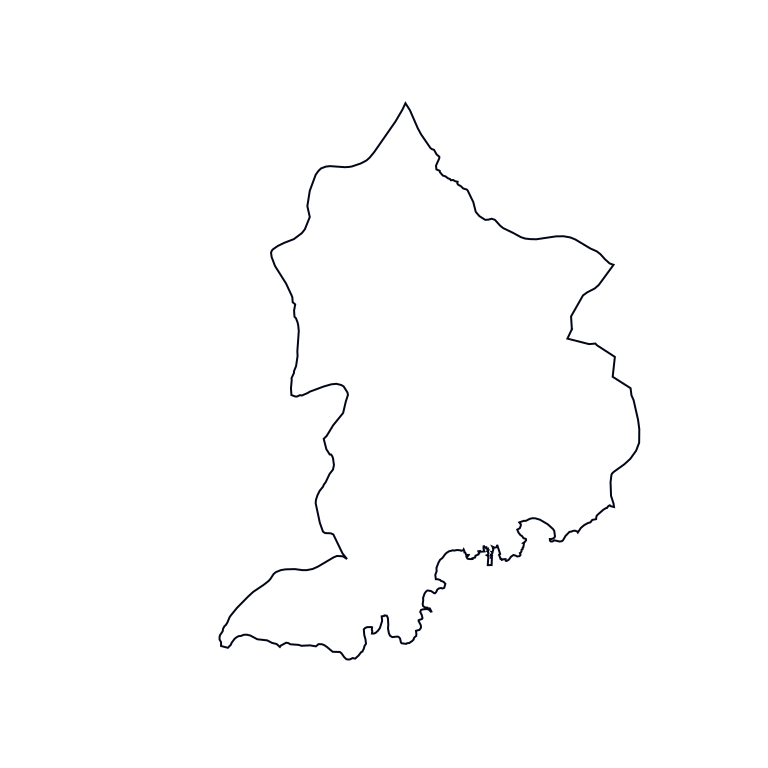 Kota Bima, Nusa Tenggara Barat, Indonesia, rotated 245°
{"feature_id": "22746128B33789977192923", "entity_name": "Kota Bima", "entity_type": "district", "adm_level": 2, "iso_a3": "IDN", "parent_name": "Indonesia", "parent_adm1": "Nusa Tenggara Barat", "projection": "robinson", "projection_center": [118.763, -8.441], "detail": "fine", "context": "isolated", "style": "outline", "palette": "ink", "viewbox_px": 768, "rotation_deg": 245, "n_neighbors": 0, "source": "geoboundaries", "source_scale": "gbopen_adm2", "svg_char_len": 6166}
<svg xmlns="http://www.w3.org/2000/svg" viewBox="0 0 768 768"><g transform="rotate(245 384 384)"><path d="M215.4,125.6L210.9,131.0L212.4,135.0L213.9,136.6L216.2,140.9L216.8,143.4L216.9,145.8L216.1,147.9L216.0,150.8L214.9,153.5L212.6,156.5L206.2,161.3L201.0,169.8L196.7,173.1L193.7,176.8L189.7,178.5L190.5,179.8L190.9,186.0L189.5,187.9L187.7,189.1L183.7,196.3L181.6,198.6L178.4,206.5L175.0,211.4L175.9,214.7L174.5,217.6L172.7,219.4L169.9,221.1L163.0,224.3L159.8,230.7L157.8,231.7L153.3,232.5L150.5,233.6L149.4,235.1L148.8,236.8L148.9,239.7L147.3,241.8L148.7,246.3L150.6,249.9L150.6,251.3L152.7,253.9L154.7,255.5L156.2,257.9L160.4,259.3L164.7,260.0L170.2,262.0L170.8,263.7L170.8,265.9L169.1,269.7L168.5,270.4L166.5,269.1L165.1,269.0L163.0,267.6L162.1,269.3L162.0,271.3L163.1,274.6L164.5,277.1L170.1,282.2L174.4,283.7L173.7,286.1L174.1,286.6L172.8,288.6L170.2,288.6L164.1,286.2L160.7,284.3L156.1,283.1L153.3,283.1L151.1,284.5L149.4,289.5L148.3,290.5L146.6,291.0L142.5,290.1L141.5,290.5L139.1,294.3L139.3,295.4L138.6,297.4L139.2,301.1L140.0,303.0L140.9,303.6L141.6,304.8L142.0,306.6L143.3,307.5L146.8,308.7L146.2,312.3L147.5,314.5L149.7,315.4L154.5,315.2L155.3,315.6L155.0,319.2L155.5,319.9L158.5,320.6L162.1,320.5L163.5,321.9L163.4,323.8L161.9,327.9L160.5,329.4L157.9,330.2L157.8,330.8L161.2,330.7L161.8,329.8L161.8,329.0L162.6,328.4L163.1,328.6L164.2,326.6L166.3,325.6L168.1,326.0L171.5,328.2L173.6,329.0L177.0,332.3L178.2,334.5L178.5,335.8L178.2,336.7L176.3,339.3L173.3,341.0L172.8,341.7L173.3,343.2L175.2,345.6L175.5,347.4L175.1,349.3L173.9,350.7L173.8,352.4L177.0,355.2L179.5,354.4L181.7,352.3L182.6,352.1L184.2,350.4L185.2,348.5L189.3,349.8L192.1,352.6L195.1,353.8L199.0,357.8L200.9,360.4L201.7,363.6L203.7,367.1L204.5,369.2L204.9,372.3L204.1,376.3L203.4,377.1L202.6,380.2L201.0,382.9L200.2,383.5L199.9,385.7L200.4,386.3L199.3,386.3L197.4,385.7L196.9,386.4L193.8,386.2L193.9,387.3L193.3,388.5L192.8,387.9L192.5,385.7L190.4,385.9L189.2,387.5L188.0,390.2L188.7,390.4L188.3,393.3L189.7,394.3L189.6,397.6L190.1,397.8L190.4,398.8L192.5,398.8L192.1,400.4L191.3,400.3L189.8,404.2L192.6,404.6L193.6,405.0L194.0,405.2L195.5,406.0L194.9,405.7L194.8,406.1L193.5,405.9L193.1,407.2L192.8,407.1L192.6,407.7L191.7,407.2L191.2,407.6L190.9,408.6L189.5,407.6L189.3,408.0L189.0,407.3L188.8,407.7L187.9,407.6L187.7,408.0L187.8,407.6L187.4,407.3L187.0,407.7L187.2,407.2L186.5,407.2L185.5,406.1L185.4,404.9L184.4,405.7L184.0,405.3L183.1,405.4L176.0,401.5L174.4,405.0L181.0,408.4L181.4,407.6L182.3,408.8L182.5,408.4L183.4,408.7L183.6,408.2L184.1,408.7L183.7,409.4L184.2,409.4L184.6,410.4L185.2,411.0L186.0,410.8L185.7,411.2L188.0,413.3L189.1,413.3L189.5,412.6L189.4,413.7L190.7,413.6L188.9,415.1L188.7,416.0L188.5,417.2L188.8,417.8L189.7,418.1L189.6,418.5L180.8,417.4L180.6,416.1L176.1,415.7L175.9,416.6L174.8,416.5L174.6,418.5L173.9,420.2L172.5,419.6L171.9,420.1L171.8,420.9L172.1,423.1L173.8,426.1L174.3,429.1L172.6,431.0L171.4,431.8L170.7,434.1L171.4,435.5L173.3,435.7L173.3,436.6L174.3,437.9L175.7,438.7L175.8,439.9L177.1,440.6L177.3,441.4L180.4,443.5L181.0,442.9L181.4,445.1L182.4,446.8L183.7,447.1L185.2,445.3L187.7,444.9L189.4,443.8L192.4,443.1L195.7,443.2L195.9,446.1L197.8,448.1L198.9,448.7L201.4,448.1L200.9,452.9L200.0,454.8L200.2,459.0L199.6,461.9L198.3,464.4L195.1,468.0L187.7,473.1L181.1,475.9L178.9,476.2L173.7,474.6L172.9,473.7L172.5,472.1L172.8,469.9L173.4,468.8L171.9,468.2L170.7,468.7L170.1,470.2L170.3,472.4L167.0,476.6L166.4,478.6L166.7,480.2L169.6,484.3L171.6,489.6L171.0,491.5L171.0,493.4L170.2,495.3L168.7,496.8L167.5,496.9L170.3,501.5L171.5,505.7L171.8,510.0L171.4,512.6L172.8,515.3L171.9,519.1L174.4,520.7L175.2,522.2L177.4,529.8L177.7,532.8L177.4,533.5L178.6,535.9L178.6,537.4L177.4,537.9L175.3,540.5L178.7,541.5L186.7,542.5L199.2,547.8L205.5,551.7L206.5,552.9L207.3,555.3L209.7,568.0L212.1,575.6L217.0,584.3L222.9,590.4L235.2,596.3L244.1,599.1L264.0,603.4L269.2,603.5L276.0,605.7L293.9,594.3L311.0,604.7L329.2,593.3L331.3,592.7L333.5,586.7L347.6,569.4L354.5,577.7L355.5,577.4L355.0,577.7L366.2,582.1L380.2,601.8L381.2,607.1L381.5,615.3L383.0,620.5L395.0,642.4L398.0,639.4L403.7,637.0L410.2,635.0L414.3,632.9L419.6,628.3L434.1,618.5L438.1,614.8L442.0,609.2L445.1,602.3L450.8,583.2L453.6,577.6L456.3,573.2L459.4,570.0L466.2,565.0L474.9,557.9L478.3,556.2L485.9,553.9L488.3,551.4L488.8,548.2L490.0,545.1L495.8,541.4L501.2,539.9L511.1,541.8L524.1,541.6L525.4,541.1L527.6,538.5L530.9,537.2L533.3,535.4L534.8,535.2L536.2,536.2L537.6,534.3L539.7,532.8L540.4,530.7L541.8,530.5L543.4,528.9L546.0,527.6L548.1,525.4L552.3,524.2L553.7,524.6L556.3,522.2L559.9,523.4L565.2,529.5L566.6,530.2L569.8,528.7L575.1,528.3L576.7,526.6L578.3,525.8L594.6,523.1L601.5,522.7L621.2,523.2L629.4,522.1L624.9,516.7L617.1,505.4L598.3,473.1L595.2,466.6L594.0,462.5L593.7,456.0L594.7,447.0L595.3,444.7L596.9,440.4L604.2,427.3L605.6,423.2L606.0,418.0L604.7,414.4L602.5,410.5L600.9,408.9L590.5,398.4L577.6,389.7L566.7,387.3L557.7,377.7L555.5,373.4L553.4,363.6L554.1,353.3L554.0,346.1L553.0,340.3L552.3,338.7L550.7,337.1L546.5,335.8L537.0,335.1L516.4,337.7L503.0,337.7L501.1,337.5L496.7,335.8L493.7,337.2L488.5,333.5L482.8,331.3L480.8,332.0L476.4,331.7L473.3,331.0L468.1,329.2L450.3,319.3L445.9,317.5L437.4,311.9L433.6,307.8L432.1,307.1L428.3,302.6L426.5,302.0L419.5,297.9L413.1,295.4L410.2,298.3L409.4,299.8L409.4,303.1L408.3,304.6L408.1,310.8L408.4,313.6L407.2,328.4L406.0,336.0L404.3,340.9L401.1,344.9L398.8,346.4L391.8,347.3L389.3,346.7L384.4,342.1L375.0,334.7L368.1,320.5L361.1,310.0L359.8,306.2L349.3,304.2L343.1,305.0L342.5,306.2L340.3,306.6L338.2,306.4L331.7,304.4L328.0,301.6L325.5,296.7L319.6,289.6L318.3,287.1L316.7,285.3L314.4,280.6L311.4,276.8L307.8,273.4L304.9,271.7L285.4,267.2L276.0,266.3L273.8,267.6L271.2,272.6L269.1,274.5L248.0,274.8L241.0,276.5L244.7,274.3L245.8,272.9L248.0,268.7L248.2,265.3L246.4,246.8L246.5,241.2L247.9,235.5L249.6,231.7L253.9,225.0L257.6,216.5L258.9,211.9L259.2,206.6L258.4,203.6L255.3,198.6L254.2,196.0L252.8,189.9L250.9,177.7L248.7,170.8L243.2,156.1L239.0,147.4L237.9,145.5L233.8,141.0L232.4,138.7L231.9,137.0L230.2,134.7L228.1,133.3L225.7,129.3L224.2,128.0L221.9,127.0L218.8,127.2L215.4,125.6Z" fill="none" stroke="#020617" stroke-width="2"/></g></svg>